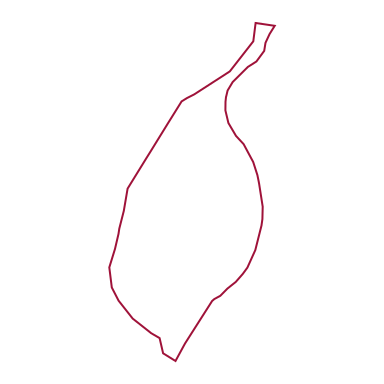 outline of St. Louis, Missouri, United States of America
{"feature_id": "52423323B73997952467862", "entity_name": "St. Louis", "entity_type": "district", "adm_level": 2, "iso_a3": "USA", "parent_name": "United States of America", "parent_adm1": "Missouri", "projection": "orthographic", "projection_center": [-90.227, 38.653], "detail": "fine", "context": "isolated", "style": "outline", "palette": "rose", "viewbox_px": 384, "rotation_deg": 0, "n_neighbors": 0, "source": "geoboundaries", "source_scale": "gbopen_adm2", "svg_char_len": 843}
<svg xmlns="http://www.w3.org/2000/svg" viewBox="0 0 384 384"><path d="M274.7,25.8L255.6,23.0L253.3,41.3L229.8,71.4L194.2,94.4L186.9,98.1L181.6,101.4L167.7,123.7L149.8,152.7L146.6,157.8L127.6,188.6L123.8,210.9L119.3,228.6L118.5,233.9L115.0,248.9L109.7,266.1L109.3,267.4L111.8,287.5L118.6,300.7L132.7,318.6L150.7,332.8L151.0,333.1L159.6,338.1L163.1,353.3L175.5,361.0L183.7,345.9L185.2,343.2L212.1,301.0L214.4,299.0L220.3,295.8L227.4,288.6L232.4,284.6L235.7,282.0L242.8,273.9L247.4,267.6L253.0,255.2L255.3,250.1L261.5,225.5L262.4,219.1L262.7,206.7L259.1,183.6L259.0,183.2L258.8,182.0L257.4,175.1L253.2,162.0L243.6,144.1L240.9,141.2L236.0,135.9L228.4,123.0L225.4,110.4L225.5,101.8L226.0,97.0L226.3,96.0L227.6,90.5L232.7,82.0L247.9,66.9L256.4,61.5L264.2,50.9L265.5,42.8L269.6,34.0L274.7,25.8Z" fill="none" stroke="#9f1239" stroke-width="2"/></svg>